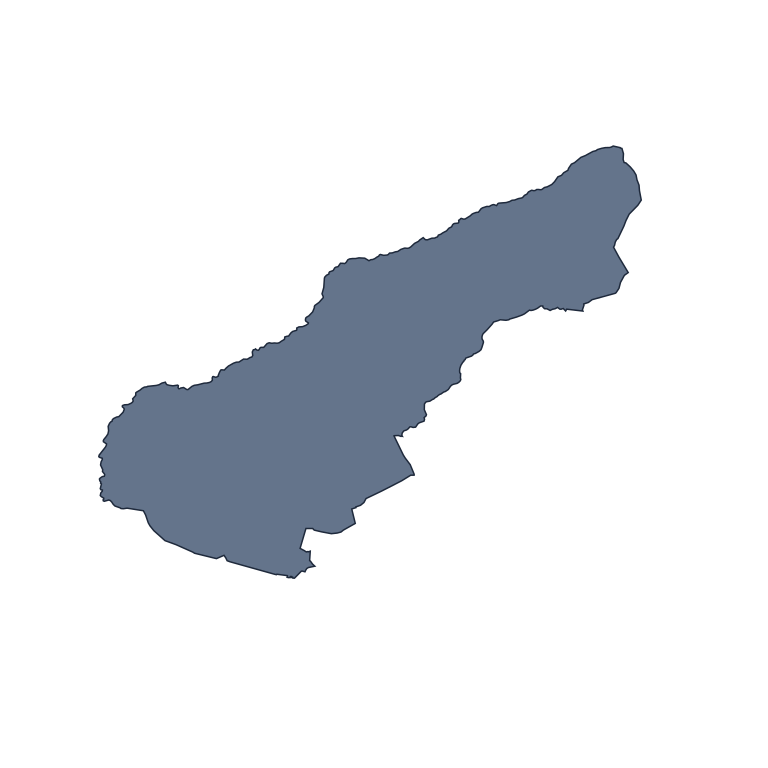 Zumpahuacán, México, Mexico, rotated 72°
{"feature_id": "50627088B21458033761284", "entity_name": "Zumpahuacán", "entity_type": "district", "adm_level": 2, "iso_a3": "MEX", "parent_name": "Mexico", "parent_adm1": "México", "projection": "equal_earth", "projection_center": [-99.568, 18.809], "detail": "fine", "context": "isolated", "style": "filled", "palette": "slate", "viewbox_px": 768, "rotation_deg": 72, "n_neighbors": 0, "source": "geoboundaries", "source_scale": "gbopen_adm2", "svg_char_len": 6151}
<svg xmlns="http://www.w3.org/2000/svg" viewBox="0 0 768 768"><g transform="rotate(72 384 384)"><path d="M255.9,372.2L254.9,375.4L254.4,378.2L254.7,380.0L256.7,382.5L257.2,383.8L257.2,384.6L256.7,385.3L255.7,388.1L258.2,391.4L258.0,393.8L258.4,395.1L260.0,396.8L260.4,397.5L260.5,401.0L261.0,401.8L262.4,402.5L262.8,405.1L264.1,407.4L265.0,408.0L273.5,411.4L279.1,415.1L282.2,414.8L283.1,415.1L286.3,420.5L287.9,425.4L288.6,426.2L290.1,426.8L293.4,429.6L296.0,434.5L296.5,436.9L297.1,438.1L298.9,439.0L300.2,438.9L302.5,437.0L303.2,437.4L304.0,439.9L304.3,443.7L303.4,447.3L303.8,449.7L305.4,450.1L305.9,450.6L305.8,454.7L306.7,456.9L308.9,459.9L308.6,461.6L308.6,463.8L310.8,464.9L311.6,468.5L312.4,470.9L312.2,473.0L311.1,475.6L310.6,478.1L309.3,480.5L309.4,482.7L312.0,487.1L311.1,489.7L311.4,490.9L312.6,492.0L313.1,493.1L312.5,494.3L310.9,495.4L311.3,496.0L311.1,497.7L312.9,499.4L316.3,500.0L317.5,501.4L317.4,503.1L318.2,506.4L316.9,509.9L318.3,515.2L317.6,517.8L317.7,520.8L318.8,526.3L320.1,529.3L321.4,531.5L320.3,534.1L320.3,535.0L322.2,537.0L324.6,539.0L325.3,539.1L325.7,541.2L325.5,542.2L324.1,544.1L324.1,544.6L325.1,545.5L327.4,546.1L328.3,547.6L328.6,549.4L328.3,552.3L327.6,554.8L327.2,561.4L326.6,564.9L326.9,567.4L328.7,572.1L328.6,572.6L328.3,573.3L325.4,575.7L325.0,578.6L325.3,579.8L325.0,580.7L323.8,581.0L322.1,580.1L321.3,580.6L320.5,585.3L318.9,588.6L317.6,590.6L316.7,591.1L314.7,591.4L314.5,595.0L315.2,598.2L315.0,601.0L313.2,609.6L313.4,610.5L312.9,612.9L313.4,615.5L314.4,617.8L315.3,621.9L315.7,622.8L318.2,623.7L320.4,627.6L322.7,627.8L323.6,628.9L324.1,630.3L324.5,633.7L323.6,637.2L323.6,638.9L323.9,639.6L324.8,639.9L326.6,638.9L327.7,638.8L330.2,640.8L333.1,646.3L332.8,648.5L333.3,652.0L334.1,653.4L335.4,654.2L335.5,655.3L336.5,657.1L339.0,659.4L343.4,660.4L346.2,662.0L348.2,664.5L350.1,667.5L351.2,668.5L352.2,668.7L355.2,666.4L356.5,667.0L357.9,668.4L363.6,676.9L365.0,677.7L365.8,677.3L367.6,674.9L368.7,675.2L370.6,677.1L373.4,678.6L378.6,678.0L380.3,678.8L383.1,677.7L384.1,677.7L385.3,678.5L385.0,680.5L385.8,683.1L386.4,684.0L388.3,684.2L389.7,683.6L390.7,684.2L391.7,683.6L395.9,686.2L397.1,685.9L397.8,684.6L398.9,685.1L400.1,687.0L402.4,688.3L403.7,687.7L406.0,685.8L407.1,686.3L407.3,686.9L408.3,687.1L409.1,686.3L409.3,681.6L410.3,680.3L412.2,679.4L414.8,678.7L416.9,677.6L420.2,673.3L421.2,672.6L422.1,670.4L422.7,666.7L430.2,652.0L434.9,651.2L443.2,651.1L446.6,650.4L452.4,648.2L465.3,640.7L472.4,631.6L484.8,617.8L486.4,616.5L498.3,597.3L497.5,589.1L500.6,588.2L503.6,587.8L505.5,585.4L531.3,546.6L532.1,545.3L531.8,544.7L536.4,535.1L537.9,535.9L538.9,534.1L538.7,533.8L538.7,532.4L538.2,532.3L538.5,531.5L539.4,532.0L539.5,530.6L540.4,530.7L541.0,529.1L536.5,520.5L536.7,519.5L538.2,517.2L536.7,515.8L535.6,514.4L535.2,512.6L535.9,506.1L533.2,507.6L529.7,508.7L529.0,509.3L520.2,505.8L520.2,508.0L519.8,508.4L519.7,509.8L517.7,511.4L514.4,514.6L497.3,502.9L499.4,496.4L500.8,495.9L501.6,495.2L505.3,489.1L510.1,480.3L511.3,474.5L511.5,470.6L510.4,467.8L507.7,454.4L492.9,453.3L492.9,448.9L492.2,448.8L492.1,443.8L490.5,439.7L487.4,436.5L485.1,419.4L481.5,397.1L479.0,386.8L480.0,383.5L479.1,383.2L468.8,384.0L461.0,386.7L457.4,387.6L436.6,390.5L436.3,390.4L437.4,386.3L439.1,384.0L438.9,383.5L439.4,382.7L438.3,382.9L436.2,381.8L434.7,379.6L434.7,376.8L434.2,375.1L432.8,372.7L433.0,371.6L434.3,369.8L434.8,367.3L432.3,364.0L431.8,362.3L431.7,357.4L430.2,356.4L428.3,356.2L427.5,354.1L426.3,353.1L420.9,353.6L415.5,351.7L414.3,350.1L414.0,349.0L414.5,345.7L413.6,342.3L413.7,341.5L412.8,339.6L412.3,337.2L411.8,336.5L411.1,334.2L411.1,332.9L410.1,329.8L410.1,327.9L409.1,324.5L406.8,321.6L406.0,320.1L405.7,318.1L406.0,314.2L405.5,312.3L404.5,310.4L403.3,309.5L402.0,309.5L397.8,307.9L396.7,308.5L394.7,308.0L392.7,307.1L390.0,305.1L387.7,302.4L387.2,301.2L386.2,300.4L385.9,299.3L384.8,298.4L384.6,297.9L384.5,292.1L383.9,290.5L383.1,289.6L383.2,287.7L382.4,283.6L381.4,281.2L379.5,279.6L375.2,276.6L374.0,276.3L371.5,276.8L369.5,276.3L367.5,275.0L366.7,274.0L364.3,269.2L360.5,262.7L358.9,260.6L359.0,255.7L358.8,253.7L361.1,248.3L361.5,245.4L361.1,244.5L361.3,237.2L361.1,231.4L360.7,228.7L358.7,222.8L359.5,221.5L359.8,219.4L359.7,216.6L359.3,214.3L358.2,211.0L358.9,208.9L359.9,209.1L362.0,208.1L362.9,205.7L365.4,203.3L365.0,200.7L365.3,198.0L364.8,195.3L367.2,193.6L367.6,192.5L367.6,190.2L370.7,188.7L369.3,187.1L376.1,172.3L374.8,172.4L370.9,169.5L369.6,169.3L369.6,164.4L368.1,160.0L369.2,136.1L368.9,135.1L365.7,131.0L360.5,127.7L355.3,122.2L354.8,121.4L353.5,117.3L335.7,121.4L324.8,123.4L323.4,121.9L320.5,120.2L318.5,118.1L318.0,116.6L308.0,107.1L303.4,103.4L298.2,98.3L292.5,87.4L288.6,82.5L279.1,81.3L273.7,80.0L268.0,80.3L263.1,79.7L258.6,80.7L253.7,82.7L248.5,85.6L247.6,87.2L244.4,87.2L239.0,85.1L233.5,84.9L232.6,86.3L232.2,86.3L228.5,92.5L228.9,94.6L228.8,96.4L227.6,100.4L227.1,104.2L227.0,108.6L227.6,110.3L227.4,113.5L229.0,122.2L229.3,126.7L232.4,134.4L232.8,137.8L235.9,141.8L237.6,143.1L238.6,147.8L240.4,150.7L240.7,154.6L244.3,159.3L246.1,162.8L246.9,167.8L246.7,170.7L247.8,173.9L247.5,175.5L246.8,176.7L246.2,178.6L246.7,180.5L246.4,181.9L245.4,183.6L245.4,184.1L246.0,187.3L247.6,189.5L248.0,192.1L249.5,194.6L249.6,195.7L249.2,198.8L249.4,203.0L248.8,205.5L249.3,208.1L249.2,211.7L247.5,218.8L247.6,219.9L249.1,221.8L247.3,224.1L247.1,225.4L247.2,226.9L247.7,229.1L246.9,231.3L246.9,235.9L247.3,237.5L249.8,241.1L249.3,243.4L249.4,246.3L249.6,247.7L250.7,250.0L252.1,255.7L251.9,257.2L250.4,259.3L250.4,259.9L251.1,261.1L251.4,262.4L253.0,262.7L253.7,263.3L253.8,264.2L253.1,267.3L253.2,268.4L253.8,269.6L255.4,271.1L255.9,274.2L257.7,277.2L258.4,281.4L259.1,283.7L259.2,286.3L260.4,287.4L260.7,288.2L260.6,288.9L260.9,290.7L260.1,293.5L260.3,298.3L259.5,300.1L256.9,301.5L258.0,305.4L259.0,307.2L259.7,311.5L261.9,316.2L262.4,318.4L262.2,319.8L261.2,322.1L261.1,322.9L261.2,326.5L262.2,329.9L261.8,332.5L261.9,335.6L261.2,338.3L262.2,340.0L262.3,341.2L261.5,344.6L259.7,347.4L259.8,348.4L260.8,349.6L261.1,351.5L261.9,354.0L262.1,356.3L261.7,358.1L262.1,360.2L258.4,363.4L256.3,368.8L255.9,372.2Z" fill="#64748b" stroke="#1e293b" stroke-width="1.5"/></g></svg>